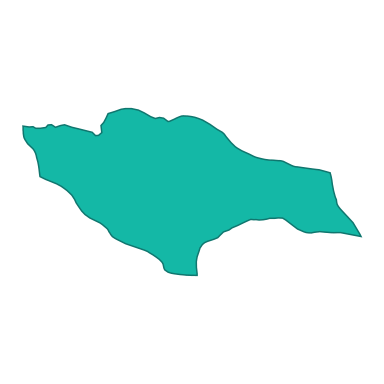 outline of Mahaxay, Khammouan, Laos
{"feature_id": "54806243B31598332414602", "entity_name": "Mahaxay", "entity_type": "district", "adm_level": 2, "iso_a3": "LAO", "parent_name": "Laos", "parent_adm1": "Khammouan", "projection": "mercator", "projection_center": [105.318, 17.348], "detail": "fine", "context": "isolated", "style": "filled", "palette": "teal", "viewbox_px": 384, "rotation_deg": 0, "n_neighbors": 0, "source": "geoboundaries", "source_scale": "gbopen_adm2", "svg_char_len": 2862}
<svg xmlns="http://www.w3.org/2000/svg" viewBox="0 0 384 384"><path d="M330.1,172.8L324.4,171.2L319.2,169.8L315.4,169.4L312.2,169.0L302.8,167.7L300.1,167.3L297.3,166.9L295.6,166.8L293.6,166.3L291.6,165.5L285.7,162.6L283.3,161.4L281.8,161.0L280.8,160.8L279.9,160.7L278.8,160.7L277.6,160.6L276.4,160.5L272.9,160.2L269.4,160.1L264.9,159.5L262.1,158.9L258.4,158.0L255.9,157.3L253.7,156.4L248.9,154.0L245.3,152.4L241.6,150.7L237.5,148.3L235.2,146.7L233.8,145.3L231.0,142.6L229.0,140.2L226.0,136.6L224.3,134.2L223.4,133.3L222.1,132.2L217.0,129.3L210.0,124.4L202.6,120.1L198.2,118.4L194.8,117.3L191.4,116.6L187.6,116.1L184.6,116.0L183.5,115.9L181.5,116.1L179.5,116.8L178.3,117.3L176.4,118.1L174.5,119.1L172.0,120.2L170.5,120.9L169.6,121.3L168.0,121.5L163.6,118.2L159.5,117.5L155.3,118.5L150.7,116.7L144.2,112.9L138.4,110.1L131.4,108.6L125.4,108.6L121.1,109.3L114.6,111.6L108.1,113.6L106.0,118.2L103.7,122.5L101.0,125.5L101.8,132.6L98.5,135.4L95.5,135.6L92.2,132.3L78.2,128.8L71.9,127.3L64.6,124.8L62.8,125.1L60.8,125.5L58.6,126.2L55.5,127.3L51.5,124.7L48.0,125.0L45.8,127.5L40.2,128.3L35.7,128.3L33.0,126.7L29.2,127.0L23.0,126.1L23.1,127.2L23.1,128.6L23.1,128.9L23.1,130.0L23.3,131.8L23.3,133.3L23.5,134.8L23.8,136.6L24.1,137.8L25.1,139.8L27.7,143.8L33.0,148.8L34.2,150.5L35.5,153.1L35.9,154.3L36.3,155.7L36.6,157.3L37.9,162.0L38.4,164.6L38.7,166.4L39.0,168.4L39.7,174.5L40.0,176.6L45.5,179.3L56.8,183.9L58.8,185.0L61.1,186.2L63.5,187.9L67.0,190.5L71.8,195.1L74.6,199.4L76.2,202.9L79.0,207.1L81.7,211.0L85.0,214.5L89.9,218.0L100.0,222.9L102.3,224.5L104.4,226.3L106.2,227.8L107.5,229.0L108.3,230.3L109.0,231.8L109.9,233.0L110.8,234.6L112.4,236.6L114.8,238.2L116.4,239.1L117.8,239.8L125.6,243.7L144.3,250.1L147.6,251.5L149.5,252.8L152.9,254.8L156.4,257.2L159.2,259.3L160.6,260.7L162.1,262.3L163.0,263.9L163.4,265.5L163.7,267.0L164.1,268.5L164.8,269.9L166.5,271.1L168.1,272.2L171.3,273.2L174.1,273.7L180.0,274.5L183.7,274.8L186.3,275.1L189.4,275.2L191.3,275.3L193.2,275.3L197.1,275.4L197.1,273.7L196.4,267.4L196.3,261.7L196.6,259.7L197.1,256.8L199.1,250.9L200.0,248.0L201.1,246.4L202.0,245.0L203.2,243.8L204.7,242.6L207.6,241.3L210.7,240.3L214.0,239.2L217.7,237.7L218.6,236.8L220.0,235.3L223.5,231.9L227.0,230.7L229.0,230.0L232.1,227.8L237.6,225.5L244.2,222.3L249.0,220.1L250.8,219.4L253.9,219.7L256.0,219.6L259.1,220.0L263.3,219.7L266.8,219.1L269.7,218.3L274.7,218.3L278.3,217.9L282.6,218.1L285.6,219.9L297.5,229.0L303.9,231.8L306.1,232.5L308.4,232.8L311.3,232.9L314.2,232.3L316.5,232.0L318.5,231.8L319.6,231.6L324.8,232.1L327.6,232.3L330.9,232.6L333.8,232.7L337.0,232.6L339.5,232.6L340.6,232.6L361.0,236.5L359.8,234.1L353.0,222.7L340.3,209.0L338.8,207.1L337.8,205.6L337.1,204.2L336.7,202.5L336.3,199.4L335.8,198.5L335.1,196.6L333.6,191.1L332.3,184.3L331.8,180.4L331.2,177.1L330.6,174.6L330.1,172.9L330.1,172.8Z" fill="#14b8a6" stroke="#0f766e" stroke-width="1.5"/></svg>